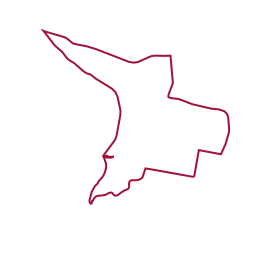 the border of Al-Basrah, rotated 100°
{"feature_id": "IRQ-3222", "entity_name": "Al-Basrah", "entity_type": "Province", "adm_level": 1, "iso_a3": "IRQ", "parent_name": "Iraq", "parent_adm1": "", "projection": "orthographic", "projection_center": [47.689, 30.202], "detail": "fine", "context": "isolated", "style": "outline", "palette": "rose", "viewbox_px": 256, "rotation_deg": 100, "n_neighbors": 0, "source": "natural_earth", "source_scale": "10m", "svg_char_len": 1655}
<svg xmlns="http://www.w3.org/2000/svg" viewBox="0 0 256 256"><g transform="rotate(100 128 128)"><path d="M159.6,147.5L142.2,138.8L137.6,137.9L116.7,137.8L112.1,138.4L99.1,143.7L94.9,146.6L92.1,150.5L85.1,168.1L82.1,173.6L81.7,174.9L81.4,177.7L81.2,178.7L79.6,182.2L73.5,192.2L71.0,198.5L69.8,200.3L64.5,206.0L59.4,214.5L47.0,228.1L47.5,225.7L49.5,207.0L50.1,204.6L51.1,202.5L54.1,197.3L54.5,194.9L54.7,183.0L55.8,173.6L62.7,138.4L62.7,135.7L62.5,133.3L62.0,131.5L61.3,129.7L53.5,118.1L52.5,115.7L51.9,113.1L50.6,104.5L49.4,98.7L75.6,91.7L77.1,91.8L88.2,93.9L90.6,93.5L91.1,90.9L90.7,84.1L90.8,82.0L91.3,79.3L93.4,68.8L94.5,49.4L93.9,41.7L94.8,36.0L96.3,33.7L97.9,32.3L100.7,31.0L111.7,28.2L115.3,27.9L126.7,29.1L137.7,31.9L137.5,54.4L163.7,54.4L164.5,54.9L164.8,56.1L164.7,100.9L164.8,103.8L173.3,105.0L174.2,105.3L175.0,105.8L176.4,107.2L177.4,109.1L178.1,111.1L178.8,115.2L179.2,116.1L179.8,116.8L180.7,117.2L181.7,117.3L182.6,117.3L185.6,116.7L186.6,116.8L187.6,117.1L188.3,117.8L190.0,120.5L192.6,123.4L195.7,126.3L196.2,127.0L196.7,128.0L196.8,129.0L196.6,130.0L196.0,130.8L195.3,131.5L194.6,132.3L194.5,133.3L194.6,134.0L195.7,136.1L197.3,137.9L197.7,138.9L198.0,139.0L199.5,143.7L199.6,144.9L200.4,146.7L200.7,147.3L201.3,147.8L202.4,148.7L203.6,149.4L206.1,150.1L206.7,150.4L206.6,150.8L208.6,150.8L209.0,151.7L208.0,152.8L205.8,153.4L197.1,152.6L190.9,150.5L188.0,148.3L185.2,147.5L180.7,144.6L177.2,143.4L173.4,142.8L170.0,142.7L166.9,143.5L161.3,146.6L160.7,144.2L160.5,141.3L159.9,138.8L158.5,137.0L159.5,140.1L159.7,141.2L159.5,142.4L159.1,143.5L159.1,144.5L159.7,145.4L159.6,147.5Z" fill="none" stroke="#9f1239" stroke-width="2"/></g></svg>